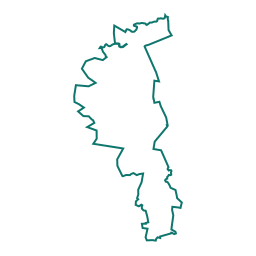 Bacanora, Sonora, Mexico
{"feature_id": "50627088B51830177095427", "entity_name": "Bacanora", "entity_type": "district", "adm_level": 2, "iso_a3": "MEX", "parent_name": "Mexico", "parent_adm1": "Sonora", "projection": "albers", "projection_center": [-109.363, 28.864], "detail": "fine", "context": "isolated", "style": "outline", "palette": "teal", "viewbox_px": 256, "rotation_deg": 0, "n_neighbors": 0, "source": "geoboundaries", "source_scale": "gbopen_adm2", "svg_char_len": 4593}
<svg xmlns="http://www.w3.org/2000/svg" viewBox="0 0 256 256"><path d="M166.3,16.5L166.0,16.5L165.9,16.5L165.7,16.2L165.2,15.4L164.9,17.1L164.9,17.6L164.8,17.8L164.7,17.9L164.6,18.1L164.2,18.4L163.8,18.5L163.5,18.7L163.0,18.6L162.0,18.6L161.5,18.5L161.0,18.3L160.7,18.3L160.4,18.3L160.1,18.5L159.8,18.6L159.3,18.6L158.9,18.5L158.6,18.5L158.2,18.6L157.9,18.6L157.7,18.9L157.5,19.3L157.4,19.9L157.4,20.5L157.3,20.9L157.2,21.0L156.9,21.1L156.6,21.4L156.5,21.5L156.3,21.6L156.2,21.6L155.9,21.7L155.6,21.6L155.2,21.5L154.9,21.5L154.3,21.7L153.4,21.9L152.5,22.3L151.9,22.5L151.1,22.6L150.2,22.6L149.7,22.6L149.4,22.9L149.1,23.2L148.7,23.6L148.3,23.9L147.9,24.2L147.6,24.4L147.1,24.4L147.0,24.6L146.8,24.9L146.6,24.9L146.4,24.9L146.2,24.6L146.0,24.3L145.8,24.0L145.5,23.7L145.2,23.5L144.4,23.4L144.0,23.3L143.7,23.3L143.1,23.1L142.9,23.1L141.5,23.0L140.6,23.2L139.7,23.5L139.1,23.6L138.5,23.4L137.8,23.3L137.0,23.4L136.3,23.6L135.9,23.8L135.5,24.0L135.2,24.1L134.7,24.3L134.1,24.6L133.9,24.8L133.9,25.0L133.9,25.3L133.9,25.7L134.2,25.9L135.0,26.1L135.5,26.3L136.0,26.4L136.6,26.4L137.0,26.8L137.1,27.2L137.0,27.7L136.9,28.0L136.8,28.5L136.5,29.1L136.3,29.5L136.1,29.9L135.8,30.1L135.5,30.4L135.1,30.9L134.5,31.5L133.9,31.7L133.2,31.8L132.5,31.8L131.8,31.7L131.5,31.6L131.2,31.3L131.0,31.1L130.7,30.8L130.5,30.6L130.2,30.5L130.0,30.3L129.4,30.0L128.8,29.7L128.2,29.5L127.2,29.3L126.9,29.2L126.7,29.3L126.5,29.5L126.3,29.8L126.1,30.3L126.0,30.8L125.9,31.0L125.6,31.4L125.4,31.6L125.3,32.0L124.7,31.6L114.3,25.6L113.9,32.3L113.9,33.5L115.0,43.4L116.2,43.4L117.5,43.4L118.6,43.5L119.0,43.6L119.2,43.8L119.4,44.0L119.5,44.2L119.5,44.5L119.4,45.1L119.4,45.3L119.4,45.6L119.4,45.9L119.5,46.1L119.7,46.4L120.0,46.6L120.8,46.8L121.7,46.9L122.5,46.7L123.2,46.3L124.0,45.7L124.7,45.1L125.7,44.5L126.3,44.0L126.6,44.3L126.0,44.7L125.1,45.4L123.9,46.4L123.4,46.8L122.6,47.1L121.8,47.2L120.7,47.2L120.1,47.0L119.7,46.8L119.4,46.6L119.2,46.4L119.1,46.1L119.1,45.8L119.0,44.8L118.9,44.2L118.7,44.0L118.5,43.9L118.1,43.9L117.3,43.8L116.0,43.8L115.0,43.8L113.6,44.1L112.4,44.6L111.8,45.0L111.2,45.4L110.9,45.7L110.6,45.9L110.2,46.1L109.7,46.2L109.2,46.2L108.6,46.0L107.8,45.5L107.5,45.2L107.1,44.9L106.7,44.5L106.5,44.3L106.2,44.2L105.9,44.3L105.7,44.5L105.4,44.9L105.1,45.1L105.0,45.3L104.9,45.6L104.8,45.9L104.6,46.4L104.5,46.6L104.4,46.8L104.3,47.0L104.1,47.1L103.7,47.3L103.2,47.4L102.7,47.4L102.2,47.2L101.7,46.9L101.2,46.7L100.6,46.7L99.7,48.1L101.0,48.0L101.8,48.7L103.0,51.8L105.5,55.0L105.7,56.2L106.6,57.1L102.8,60.1L94.7,58.0L85.8,61.3L81.9,68.7L88.2,77.7L92.3,80.5L95.6,82.9L88.6,86.3L75.9,85.2L74.2,96.0L74.4,100.1L74.5,102.0L78.8,104.1L83.9,107.6L78.1,111.4L83.4,116.1L88.8,116.3L89.7,117.3L91.6,119.3L93.1,120.3L94.3,122.9L87.2,127.1L96.6,130.5L96.7,138.7L93.3,143.8L123.2,148.5L117.2,159.4L117.4,165.8L118.4,167.9L122.4,176.1L122.8,176.2L123.2,176.1L126.0,175.0L129.9,175.1L131.3,173.9L133.5,173.1L136.7,175.1L139.4,174.1L143.1,173.5L141.6,182.2L138.2,189.8L138.3,194.5L137.1,198.2L138.2,199.2L135.9,201.4L135.7,204.9L138.9,206.3L141.3,204.7L142.3,205.3L141.8,206.4L141.9,208.7L143.6,210.4L144.9,210.7L145.6,210.7L145.7,210.8L147.1,215.9L147.2,216.2L148.3,222.3L145.7,223.0L145.8,223.7L141.9,223.8L142.6,228.0L147.5,228.7L147.0,231.1L145.6,237.3L146.8,240.3L148.1,240.3L148.6,240.3L152.3,240.1L155.7,240.6L156.1,239.0L157.6,237.3L160.2,238.0L160.1,236.5L168.9,234.0L171.0,233.4L171.2,232.7L171.8,232.7L174.2,234.1L175.9,233.4L175.4,231.7L171.4,229.5L172.0,224.7L173.3,215.4L172.1,209.9L172.1,209.6L172.4,206.8L178.5,207.5L180.5,207.9L181.8,202.5L177.1,198.1L176.9,196.8L176.9,196.5L175.5,190.0L170.6,187.8L170.3,187.2L169.8,185.8L169.3,184.9L168.9,184.1L168.4,183.4L168.0,182.6L167.0,181.8L165.8,181.7L165.5,180.9L165.1,180.5L165.5,179.5L166.1,179.1L166.7,178.9L167.2,178.6L167.2,177.0L167.8,176.5L168.9,174.9L170.3,175.2L171.2,174.8L171.2,174.2L171.1,173.6L171.0,173.1L171.0,172.8L171.0,172.6L171.0,172.3L171.3,171.7L171.4,171.4L171.4,171.2L171.4,170.9L171.2,170.3L169.5,170.1L168.8,170.5L167.6,169.1L168.0,167.9L168.5,167.1L161.1,150.3L153.5,149.0L154.7,141.6L167.3,126.5L166.9,125.2L167.6,125.2L166.2,117.6L164.9,114.8L162.9,110.7L161.5,107.7L160.8,106.3L159.4,101.8L159.1,101.9L157.8,102.1L154.4,102.8L153.6,98.6L153.4,98.6L153.2,96.6L154.4,80.7L159.0,81.4L156.3,73.0L156.2,72.5L155.8,71.6L155.7,71.5L144.6,46.5L145.3,45.7L148.6,44.8L171.6,35.4L171.4,35.1L171.3,34.9L168.6,30.1L168.5,28.6L168.2,20.6L167.9,20.2L167.8,18.9L167.8,18.6L167.7,18.3L167.7,18.0L167.7,17.8L167.9,17.5L167.9,17.0L167.5,16.8L167.2,16.8L166.9,16.8L166.7,16.7L166.3,16.5Z" fill="none" stroke="#0f766e" stroke-width="2"/></svg>